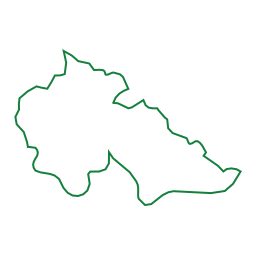 SVG path tracing the border of Ștefan Vodă
{"feature_id": "MDA-1651", "entity_name": "Ștefan Vodă", "entity_type": "District", "adm_level": 1, "iso_a3": "MDA", "parent_name": "Moldova", "parent_adm1": "", "projection": "natural_earth1", "projection_center": [29.727, 46.532], "detail": "fine", "context": "isolated", "style": "outline", "palette": "green", "viewbox_px": 256, "rotation_deg": 0, "n_neighbors": 0, "source": "natural_earth", "source_scale": "10m", "svg_char_len": 1406}
<svg xmlns="http://www.w3.org/2000/svg" viewBox="0 0 256 256"><path d="M167.2,119.4L168.2,128.3L172.7,133.1L186.6,138.2L187.2,139.3L188.7,143.1L189.8,143.9L191.9,143.4L195.7,141.2L197.5,141.2L200.0,142.9L202.1,145.4L206.0,152.4L203.6,155.8L218.1,165.9L223.4,171.5L226.6,169.1L231.3,168.4L236.4,169.2L240.6,171.5L233.0,183.9L224.8,191.0L210.9,193.1L173.5,191.2L168.5,192.2L162.8,195.0L151.2,204.1L145.0,205.0L138.7,198.8L138.1,196.1L138.2,188.3L137.7,184.7L136.2,181.3L129.7,172.2L113.1,158.3L109.0,152.2L108.9,163.4L105.5,169.3L99.1,171.5L90.2,171.6L88.2,174.1L89.7,183.9L87.4,190.5L83.2,194.3L78.0,196.0L72.6,195.5L67.7,192.8L63.4,187.8L59.1,179.0L54.6,175.5L50.2,174.0L40.3,172.3L35.5,170.6L33.7,167.8L33.1,164.7L33.8,161.6L35.5,158.4L37.2,155.7L37.8,152.9L37.3,150.3L35.5,147.8L28.2,146.8L27.9,146.9L27.9,146.7L27.0,142.0L23.8,132.1L16.7,124.3L15.4,116.9L19.0,109.6L18.9,103.8L19.5,98.3L27.6,91.4L36.5,86.4L42.0,87.8L47.3,88.7L51.4,82.1L54.9,75.5L60.1,75.4L64.7,74.1L66.2,62.7L63.7,51.0L71.6,55.4L78.2,61.1L89.3,63.5L94.0,70.0L100.0,69.8L103.1,70.2L103.3,70.3L104.5,71.3L105.6,74.6L108.1,74.6L111.0,73.2L113.3,72.5L119.9,74.3L120.1,74.4L123.0,77.0L128.3,88.9L124.0,90.7L119.5,93.5L115.7,97.5L113.3,102.8L113.5,102.9L118.0,103.3L128.4,108.3L131.8,107.4L143.4,100.1L145.6,105.2L148.6,107.6L152.6,108.3L157.3,108.3L158.2,109.9L164.7,117.4L167.2,119.4Z" fill="none" stroke="#15803d" stroke-width="2"/></svg>